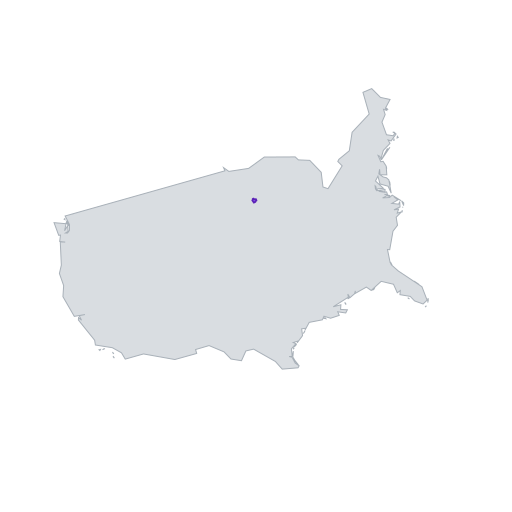 Dakota, Minnesota, United States of America shown in context, rotated 333°
{"feature_id": "52423323B20975718145591", "entity_name": "Dakota", "entity_type": "district", "adm_level": 2, "iso_a3": "USA", "parent_name": "United States of America", "parent_adm1": "Minnesota", "projection": "albers", "projection_center": [-93.038, 44.696], "detail": "fine", "context": "in_parent", "style": "filled", "palette": "violet", "viewbox_px": 512, "rotation_deg": 333, "n_neighbors": 0, "source": "geoboundaries", "source_scale": "gbopen_adm2", "svg_char_len": 4313}
<svg xmlns="http://www.w3.org/2000/svg" viewBox="0 0 512 512"><g transform="rotate(333 256 256)"><path d="M397.8,189.4L421.3,180.9L425.6,158.7L435.1,159.4L438.9,171.2L446.5,177.4L438.3,183.1L438.5,185.5L436.2,183.2L435.3,188.6L429.0,193.9L427.3,207.2L432.8,211.1L435.5,209.7L434.1,207.7L435.3,208.4L436.2,210.9L428.6,214.8L426.4,212.5L426.5,216.5L417.4,219.7L411.4,226.2L411.5,223.3L410.4,221.8L410.0,228.7L412.2,229.3L412.8,235.0L409.4,243.1L403.4,239.9L405.5,234.8L402.7,238.6L405.1,243.2L407.8,245.6L408.9,248.6L405.0,261.4L405.4,253.8L399.2,248.1L400.9,240.2L396.5,243.4L400.3,253.6L395.0,251.4L393.4,252.1L394.3,248.4L394.0,247.5L392.9,250.4L393.2,252.6L401.2,255.3L400.0,257.5L396.0,254.4L394.7,254.1L399.6,257.7L401.5,258.2L401.0,261.1L398.4,259.4L402.6,262.8L401.9,263.5L399.8,261.8L395.2,261.7L401.5,264.5L405.0,263.6L410.4,272.6L405.8,265.8L407.8,270.4L400.9,270.8L406.7,274.6L408.8,272.7L406.6,277.7L399.9,277.5L404.3,279.0L401.3,281.9L405.6,282.7L398.5,285.1L396.0,292.9L389.3,296.1L378.0,311.1L376.1,309.9L372.6,322.4L372.6,325.4L376.0,334.0L389.9,358.7L388.4,373.0L383.1,374.6L376.9,368.0L375.1,362.0L366.7,355.8L368.9,352.3L365.2,352.9L365.7,343.6L356.0,335.4L343.0,339.0L340.2,333.8L327.2,334.4L328.7,332.2L326.6,334.4L320.8,335.8L320.5,331.6L319.6,334.6L301.8,336.3L309.5,338.0L307.1,342.0L313.0,345.4L310.1,347.5L303.5,342.8L303.2,346.7L294.2,345.3L289.2,340.5L286.2,343.0L273.3,339.3L265.7,344.5L267.6,343.0L263.6,341.6L261.3,348.1L253.2,352.1L255.1,350.9L249.9,350.0L251.7,352.3L245.4,354.8L242.7,361.9L239.9,360.6L242.2,362.6L242.3,369.3L244.6,373.4L242.7,374.7L228.0,368.7L225.4,358.8L211.6,337.9L203.9,336.0L195.5,342.7L186.9,336.4L184.0,326.9L173.5,314.5L159.7,311.9L158.9,315.9L136.7,311.4L111.3,292.2L92.7,288.5L92.2,281.2L86.4,272.5L72.5,262.4L74.0,257.8L68.7,232.4L69.9,230.3L71.4,234.0L71.4,228.9L77.0,230.5L66.7,227.3L65.5,204.6L71.2,195.0L72.9,182.3L78.4,175.8L88.0,154.6L92.3,157.0L87.7,153.9L91.3,148.6L89.6,148.0L91.2,134.6L101.4,141.0L96.9,146.6L102.1,143.4L99.8,148.7L96.7,149.0L98.5,150.0L101.4,148.5L104.1,143.3L104.1,133.7L267.0,166.0L267.2,162.5L270.2,168.3L289.2,174.6L308.3,171.6L335.9,185.5L337.4,189.6L347.3,195.2L352.1,211.0L347.0,224.9L350.7,228.7L373.7,214.8L371.8,208.9L373.7,207.5L386.9,204.6L397.8,189.4ZM420.8,221.7L424.7,219.9L411.3,227.3L422.0,219.8L420.8,221.7ZM103.1,139.2L103.3,143.2L103.0,143.7L101.9,140.3L103.1,139.2ZM244.4,372.3L242.7,366.4L243.0,363.0L243.2,366.6L244.4,372.3ZM439.4,183.3L439.9,185.1L439.1,184.9L439.4,183.3ZM289.4,342.2L289.8,343.6L288.3,342.5L289.4,342.2ZM76.7,269.8L78.7,269.6L78.8,269.9L76.7,269.8ZM75.0,268.6L74.0,269.3L73.6,268.3L75.0,268.6ZM432.3,214.1L431.5,215.6L431.2,215.4L432.3,214.1ZM244.3,360.1L243.1,362.6L246.1,357.7L244.3,360.1ZM385.7,350.5L388.4,355.4L385.2,350.1L385.7,350.5ZM84.6,277.0L84.9,278.7L84.4,277.1L84.6,277.0ZM389.4,373.6L387.9,375.5L390.2,371.6L389.4,373.6ZM411.7,275.8L410.4,278.1L410.8,273.0L411.7,275.8ZM102.6,135.9L102.3,136.9L101.8,136.1L102.6,135.9ZM251.7,353.3L248.8,354.4L251.8,352.9L251.7,353.3ZM436.3,213.5L436.6,214.9L435.3,214.9L436.3,213.5ZM83.3,280.9L83.4,282.7L83.0,281.0L83.3,280.9ZM248.0,355.4L246.8,356.0L247.9,355.0L248.0,355.4ZM408.7,251.0L407.6,254.1L408.7,249.9L408.7,251.0ZM264.8,345.6L262.9,346.6L265.6,344.9L264.8,345.6ZM373.1,323.8L373.1,326.0L372.7,324.5L373.1,323.8ZM406.3,282.9L405.8,283.4L407.1,281.5L406.3,282.9ZM347.7,338.0L345.6,339.4L344.7,339.2L347.7,338.0ZM319.9,335.5L319.5,335.9L318.2,335.8L319.9,335.5ZM372.6,362.5L373.2,364.0L372.2,362.2L372.6,362.5ZM314.4,338.8L314.1,340.2L313.9,337.7L314.4,338.8ZM384.7,378.0L383.5,378.3L385.2,377.6L384.7,378.0ZM412.6,236.0L412.1,237.5L412.7,235.4L412.6,236.0ZM409.2,278.8L408.6,279.5L409.2,278.8Z" fill="#d9dde1" stroke="#a8b0b8" stroke-width="1"/><path d="M279.8,207.6L279.8,207.2L280.2,207.1L280.4,207.2L280.6,207.1L280.6,206.9L281.5,206.9L281.4,206.1L281.8,206.1L281.8,205.3L281.7,205.3L281.6,205.2L281.4,205.1L281.0,205.0L280.9,204.8L280.6,204.7L280.3,204.8L280.1,204.8L280.0,204.7L280.1,204.4L280.0,204.1L280.0,203.8L280.0,203.7L279.9,203.6L279.3,203.5L279.2,203.6L278.9,203.7L278.9,203.8L278.8,204.0L278.7,204.2L278.5,204.4L277.9,204.6L277.9,204.8L278.0,204.8L278.0,205.0L278.0,205.3L278.0,205.6L278.0,206.1L278.3,206.1L278.3,206.8L278.3,207.6L279.8,207.6Z" fill="#8b5cf6" stroke="#5b21b6" stroke-width="1.5"/></g></svg>